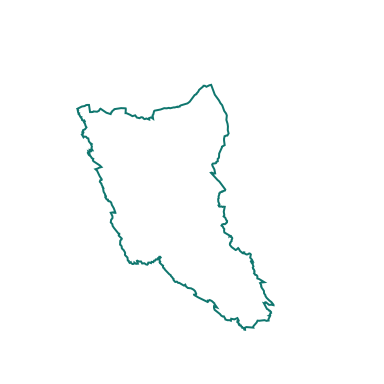 Sørum nor, Akershus, Norway, rotated 220°
{"feature_id": "86288312B90693098258026", "entity_name": "Sørum nor", "entity_type": "district", "adm_level": 2, "iso_a3": "NOR", "parent_name": "Norway", "parent_adm1": "Akershus", "projection": "natural_earth1", "projection_center": [11.283, 59.978], "detail": "fine", "context": "isolated", "style": "outline", "palette": "teal", "viewbox_px": 384, "rotation_deg": 220, "n_neighbors": 0, "source": "geoboundaries", "source_scale": "gbopen_adm2", "svg_char_len": 6065}
<svg xmlns="http://www.w3.org/2000/svg" viewBox="0 0 384 384"><g transform="rotate(220 192 192)"><path d="M50.7,142.8L51.6,143.6L52.5,147.2L53.6,146.8L53.2,148.0L53.9,149.1L53.7,150.2L54.4,150.4L54.5,150.9L55.9,151.1L56.5,150.7L57.7,151.0L59.4,150.6L65.4,153.0L64.5,153.4L64.5,153.9L65.0,154.4L64.6,155.0L60.4,155.1L58.9,156.6L56.8,157.7L57.1,158.0L60.4,158.7L63.1,158.6L66.8,158.9L68.8,159.5L69.4,160.1L71.6,160.7L73.4,162.5L77.5,163.6L78.4,164.2L78.3,164.4L79.4,165.3L81.3,166.0L80.8,167.1L78.6,169.4L84.5,168.5L86.4,167.8L87.8,169.5L89.2,169.8L90.3,169.2L92.1,169.6L92.0,170.1L93.1,170.9L93.2,171.6L95.0,172.5L95.7,172.4L96.9,173.2L97.1,174.5L99.1,175.6L99.4,176.2L100.5,176.0L101.7,176.5L101.3,176.9L101.8,177.2L100.7,177.8L102.6,178.7L105.2,179.1L106.8,182.0L107.8,182.1L108.7,181.7L109.3,180.0L110.2,179.1L112.0,178.8L113.2,178.1L113.4,179.2L113.6,179.1L114.1,177.7L117.4,177.7L119.6,178.6L120.6,178.7L120.9,176.3L121.3,175.6L126.3,175.3L128.8,175.8L129.5,176.4L130.0,177.3L129.8,177.8L130.2,178.2L130.1,180.0L130.8,180.5L131.2,182.1L131.6,182.6L132.3,182.9L133.2,182.6L134.0,183.3L134.6,182.9L134.8,182.1L135.3,182.8L141.2,181.8L142.5,182.9L143.5,184.4L145.0,184.7L146.1,185.3L147.8,185.2L148.0,186.5L147.2,187.8L146.1,188.5L145.8,189.8L146.0,190.8L145.7,191.2L146.5,192.4L147.9,192.6L150.0,193.7L152.1,193.6L152.4,195.1L155.0,197.3L157.4,201.7L158.7,200.8L159.1,200.1L160.1,199.9L161.3,198.6L161.9,198.4L162.0,198.7L163.1,198.9L162.8,199.8L163.0,200.2L165.6,201.5L167.5,203.5L167.5,204.3L168.9,205.8L169.4,207.4L170.2,208.4L169.9,208.8L170.2,209.9L169.0,211.6L169.3,211.8L167.7,214.4L168.1,215.3L177.8,217.6L180.1,217.6L189.8,218.9L189.4,219.5L186.9,220.3L186.2,221.1L189.4,223.7L193.1,225.2L194.2,226.0L194.3,227.1L192.3,229.3L192.2,229.9L192.7,230.8L192.0,232.1L193.6,233.9L193.4,235.3L193.8,236.2L195.9,238.9L197.8,245.6L198.2,246.0L197.1,248.9L200.4,251.9L201.7,253.4L202.9,255.7L202.3,256.4L202.1,257.3L201.2,258.0L201.6,260.4L204.4,262.4L206.6,265.3L208.6,267.1L212.0,269.3L214.5,273.0L216.3,274.0L219.4,274.8L224.7,277.9L227.2,278.3L230.2,279.5L237.1,281.2L246.2,286.4L247.3,284.9L248.6,281.9L250.5,281.6L251.4,280.8L251.2,280.5L252.2,274.8L251.7,272.8L251.8,270.1L251.6,270.0L251.7,269.2L252.3,268.0L251.8,259.7L252.4,257.0L256.1,251.4L256.6,250.3L256.3,249.5L257.9,248.1L257.7,247.8L258.3,247.5L259.7,245.5L260.2,245.3L262.6,242.1L263.8,241.6L265.1,239.9L267.2,238.3L269.1,235.0L272.9,230.3L273.0,229.5L271.4,226.3L271.5,225.4L268.9,223.1L271.3,222.9L272.4,220.9L271.4,220.0L274.3,218.9L275.0,217.5L276.2,217.1L277.4,217.4L278.1,217.2L279.0,216.6L279.7,214.8L282.1,213.6L284.8,214.2L286.4,211.8L289.3,211.3L293.0,210.2L293.6,209.7L295.7,212.6L296.5,213.4L297.1,213.1L300.3,210.6L304.7,205.6L304.7,204.2L305.1,203.1L304.8,201.3L305.0,201.1L304.4,199.4L308.5,197.7L315.6,197.0L315.8,196.3L315.5,194.4L316.3,192.5L319.3,190.4L319.4,189.5L321.5,187.7L326.9,192.5L328.3,191.3L329.0,190.4L329.5,188.8L331.3,186.7L333.3,182.0L331.9,181.5L332.0,181.1L330.0,179.5L329.1,179.8L328.7,178.7L327.9,178.8L326.1,177.9L325.3,178.1L325.4,177.8L323.1,177.1L322.6,176.5L321.4,176.6L320.7,177.6L319.8,177.3L319.4,177.1L319.7,176.4L319.5,176.0L317.7,175.4L316.1,174.3L314.4,173.7L314.3,171.2L315.2,169.3L314.8,168.6L314.0,168.2L314.3,167.9L313.8,167.5L314.3,167.2L313.9,166.6L313.0,166.3L313.0,165.9L312.3,165.2L312.6,165.0L310.7,164.3L310.8,164.7L310.3,164.6L310.3,165.1L308.7,166.2L306.9,165.9L305.9,166.4L303.5,164.5L301.0,164.0L300.4,164.3L299.6,164.3L299.7,163.5L297.8,162.4L297.2,160.9L295.1,160.0L295.7,159.6L295.6,159.2L296.2,159.4L297.2,158.7L296.0,158.3L296.6,158.3L296.1,158.1L296.1,157.5L296.8,157.1L296.1,156.4L296.9,156.3L296.0,155.8L297.1,155.8L296.5,155.5L297.1,155.4L297.0,155.0L294.9,154.1L292.3,154.2L290.8,153.6L288.9,153.9L288.6,152.8L287.4,152.2L279.7,153.1L277.4,152.9L278.9,150.7L279.3,149.4L280.6,147.4L278.4,147.3L272.7,144.7L269.3,143.7L269.0,143.1L269.8,142.0L269.2,140.6L266.6,140.1L266.2,139.6L263.3,138.4L263.3,138.1L262.2,137.9L262.2,137.4L259.9,135.4L257.2,134.4L256.1,133.4L255.7,133.7L255.3,133.5L254.8,133.1L254.9,132.2L252.7,131.5L251.5,132.1L251.0,131.4L250.5,131.3L249.8,131.4L249.2,132.0L247.2,132.0L245.1,130.6L241.5,129.3L237.5,127.0L237.3,126.8L238.7,125.8L239.3,125.8L240.9,123.9L237.5,122.4L236.7,121.6L236.1,120.7L236.1,118.8L234.7,116.5L232.4,116.2L231.0,115.0L228.6,114.3L221.6,112.9L220.9,113.3L220.5,112.8L220.6,112.4L220.1,111.5L215.9,111.2L215.5,110.4L215.7,109.8L215.6,108.5L213.2,105.4L211.8,105.5L210.5,104.8L209.9,104.0L208.3,103.5L207.5,103.7L204.9,102.8L203.9,102.2L203.2,101.0L202.6,100.6L199.3,100.3L197.2,98.3L196.2,98.6L195.8,98.1L194.3,97.6L193.8,98.9L193.0,98.4L191.3,98.6L190.6,99.3L190.3,100.1L190.8,100.9L188.7,101.0L187.4,102.3L189.9,103.8L189.8,104.2L187.9,104.7L186.4,106.0L184.2,105.2L182.7,106.8L180.6,107.0L179.5,107.6L179.4,108.2L180.1,109.8L179.4,110.5L177.7,111.2L178.1,112.5L176.5,113.4L176.9,115.0L176.1,115.8L176.4,117.0L175.3,117.9L175.6,119.3L175.1,120.2L175.4,121.3L174.7,121.9L173.9,121.7L174.2,120.1L173.6,119.6L173.5,119.0L171.6,118.2L171.7,117.4L171.0,117.0L167.7,116.8L166.8,117.0L166.3,116.1L165.4,115.5L164.0,115.7L163.4,115.2L156.4,114.4L154.9,114.6L154.1,114.1L151.9,113.9L151.0,113.4L150.3,113.6L149.5,112.7L147.4,112.3L146.9,112.4L146.0,113.6L144.1,113.5L143.4,114.2L138.0,115.1L137.6,115.5L137.8,116.1L137.6,116.7L135.9,115.8L133.5,115.8L130.8,117.6L128.0,118.2L125.8,118.0L123.3,116.7L123.1,116.1L124.4,114.7L124.1,114.5L119.3,115.3L109.3,117.8L109.2,118.4L110.0,119.1L109.2,119.8L109.0,120.6L106.9,121.2L103.3,121.1L102.9,120.7L98.7,119.6L101.6,118.5L100.7,117.4L98.9,116.3L92.2,116.5L90.2,116.1L88.4,116.4L87.7,117.2L85.3,116.4L84.5,115.8L82.4,116.6L80.6,118.1L79.5,118.4L80.5,120.1L77.7,121.6L76.2,124.6L73.5,123.5L73.4,123.0L74.2,122.3L73.7,121.5L71.0,121.4L70.5,121.1L70.8,120.6L70.4,120.4L69.8,120.4L68.8,121.2L67.7,120.6L66.9,120.9L66.2,120.3L65.6,120.8L64.4,120.8L63.5,120.2L62.8,120.6L64.2,122.1L63.5,123.5L57.9,127.5L58.5,127.8L58.7,129.1L58.6,133.6L59.1,135.6L57.8,136.5L54.1,140.4L52.1,141.2L50.7,142.8Z" fill="none" stroke="#0f766e" stroke-width="2"/></g></svg>